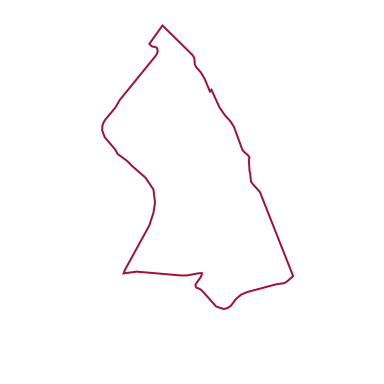 SVG path tracing the border of Yogyakarta, rotated 221°
{"feature_id": "IDN-540", "entity_name": "Yogyakarta", "entity_type": "Special region", "adm_level": 1, "iso_a3": "IDN", "parent_name": "Indonesia", "parent_adm1": "", "projection": "albers", "projection_center": [110.472, -7.88], "detail": "fine", "context": "isolated", "style": "outline", "palette": "rose", "viewbox_px": 384, "rotation_deg": 221, "n_neighbors": 0, "source": "natural_earth", "source_scale": "10m", "svg_char_len": 1040}
<svg xmlns="http://www.w3.org/2000/svg" viewBox="0 0 384 384"><g transform="rotate(221 192 192)"><path d="M323.5,298.3L281.4,295.7L278.2,294.7L273.5,290.0L270.3,288.9L263.5,288.0L256.5,285.6L244.4,279.6L244.4,281.9L226.8,273.9L217.7,271.5L209.5,270.6L203.1,268.7L181.5,256.8L178.1,256.4L174.4,256.5L171.4,255.9L170.2,253.6L162.2,245.4L160.6,244.5L154.4,238.6L151.3,237.8L140.9,236.6L60.5,194.9L61.6,186.8L62.6,183.7L67.8,177.7L84.8,152.6L87.6,146.8L88.6,140.2L88.0,131.5L89.1,127.6L91.3,124.5L98.7,121.4L118.6,124.0L121.4,124.0L123.5,123.7L125.4,122.8L127.2,123.0L128.7,124.6L129.6,133.4L130.4,136.2L131.5,137.2L134.2,134.4L140.8,126.0L145.4,121.9L181.5,95.6L190.2,85.7L191.4,88.7L202.3,138.8L207.5,151.1L212.9,159.7L222.8,168.6L236.6,172.3L254.5,172.3L261.2,172.9L272.9,171.9L278.1,173.7L293.9,176.1L300.4,179.7L303.1,183.3L304.3,186.2L304.9,189.7L305.2,205.2L306.9,214.1L308.8,272.0L310.0,275.5L312.8,277.7L315.1,277.3L317.4,275.7L319.5,275.6L321.4,275.9L323.5,298.2L323.5,298.3Z" fill="none" stroke="#9f1239" stroke-width="2"/></g></svg>